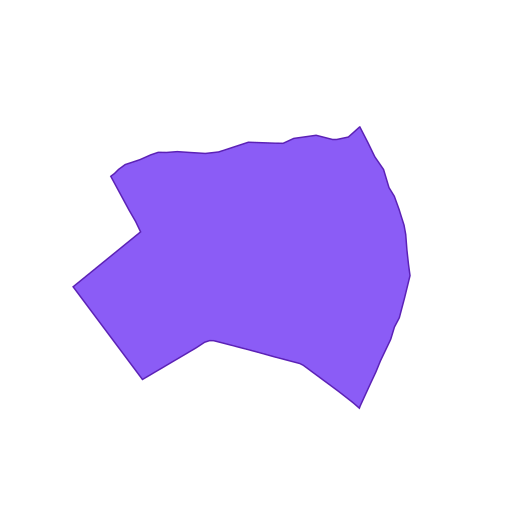 Tiba police station, Qina, Egypt (Mercator projection), rotated 120°
{"feature_id": "37247803B46763181924450", "entity_name": "Tiba police station", "entity_type": "district", "adm_level": 2, "iso_a3": "EGY", "parent_name": "Egypt", "parent_adm1": "Qina", "projection": "mercator", "projection_center": [32.702, 25.738], "detail": "fine", "context": "isolated", "style": "filled", "palette": "violet", "viewbox_px": 512, "rotation_deg": 120, "n_neighbors": 0, "source": "geoboundaries", "source_scale": "gbopen_adm2", "svg_char_len": 977}
<svg xmlns="http://www.w3.org/2000/svg" viewBox="0 0 512 512"><g transform="rotate(120 256 256)"><path d="M259.6,421.6L279.6,389.1L286.3,377.5L292.8,368.0L374.1,399.0L419.7,292.6L365.2,261.8L360.8,259.6L356.6,257.5L356.4,257.4L352.5,253.9L350.5,250.3L346.8,237.1L345.9,233.8L338.9,208.2L334.2,189.9L327.2,164.3L327.0,160.5L331.9,117.4L334.5,98.7L336.1,90.4L333.8,90.8L308.1,93.2L296.4,94.2L284.7,95.8L261.7,97.6L260.3,97.8L248.3,100.6L237.9,101.0L220.2,105.8L217.3,106.6L196.0,112.8L186.8,119.9L175.5,128.2L162.5,137.1L155.3,143.2L148.1,151.1L144.2,155.3L135.1,166.1L130.3,175.0L117.3,188.8L110.7,202.7L101.9,215.7L92.3,230.6L92.5,230.8L106.8,235.5L114.7,244.3L116.8,247.9L121.4,264.3L135.3,282.1L144.9,288.9L146.2,291.3L148.9,296.1L161.3,319.5L169.1,326.5L184.6,340.4L192.5,351.1L199.6,365.4L205.0,376.4L211.1,385.3L215.1,392.5L221.0,397.7L230.5,404.6L238.3,411.5L242.2,415.0L249.7,418.3L255.3,419.8L259.6,421.6Z" fill="#8b5cf6" stroke="#5b21b6" stroke-width="1.5"/></g></svg>